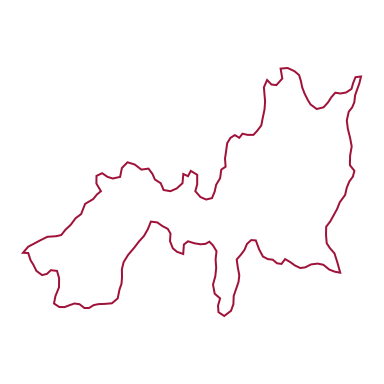 outline of São Sebastião do Rio Preto, Minas Gerais, Brazil
{"feature_id": "56859067B92993268682714", "entity_name": "São Sebastião do Rio Preto", "entity_type": "district", "adm_level": 2, "iso_a3": "BRA", "parent_name": "Brazil", "parent_adm1": "Minas Gerais", "projection": "equal_earth", "projection_center": [-43.224, -19.295], "detail": "fine", "context": "isolated", "style": "outline", "palette": "rose", "viewbox_px": 384, "rotation_deg": 0, "n_neighbors": 0, "source": "geoboundaries", "source_scale": "gbopen_adm2", "svg_char_len": 2514}
<svg xmlns="http://www.w3.org/2000/svg" viewBox="0 0 384 384"><path d="M263.9,87.3L265.1,101.7L264.5,109.6L262.7,118.1L261.3,125.4L257.2,130.8L253.4,134.9L247.7,134.9L242.5,133.7L239.3,137.8L234.8,135.1L230.4,137.9L227.2,143.2L226.0,151.9L225.0,158.6L225.6,166.7L221.3,169.6L220.1,178.2L216.1,184.9L214.7,191.5L212.0,198.1L206.1,199.5L200.5,197.1L195.3,191.2L197.2,184.3L197.2,174.8L190.8,170.9L188.0,176.2L183.3,174.0L182.5,183.2L176.8,188.4L170.5,191.2L163.6,190.0L160.7,183.2L154.9,179.5L152.5,174.0L148.5,168.6L141.4,169.6L134.7,164.5L127.5,162.3L121.9,168.0L120.1,176.9L112.8,178.5L107.6,176.9L102.1,173.2L96.5,175.9L96.4,183.5L100.9,191.2L97.0,194.4L93.2,199.1L85.1,203.9L81.1,214.1L75.6,218.2L70.7,224.8L65.3,229.9L61.3,235.0L56.3,236.2L47.3,236.8L40.3,240.3L34.7,243.3L28.2,246.7L23.0,252.8L28.2,253.0L30.6,260.3L33.4,264.8L36.4,270.9L42.1,275.1L46.9,273.9L50.9,270.2L57.0,270.9L59.1,278.2L59.0,287.3L55.4,296.2L54.0,303.5L59.3,307.0L64.6,307.1L69.8,305.1L74.5,303.5L79.5,304.2L84.4,308.0L89.0,308.0L93.7,305.1L98.6,304.1L104.7,303.9L111.9,303.3L117.7,298.4L119.5,289.5L121.5,283.8L122.0,277.5L121.9,269.2L123.6,262.2L128.1,254.9L134.0,248.0L138.8,241.7L144.0,235.9L147.8,229.3L150.9,221.6L157.2,222.4L162.8,226.3L167.8,228.9L170.5,233.6L170.0,241.1L172.8,248.3L177.0,251.8L183.2,254.0L183.9,244.5L188.0,241.3L194.1,243.2L200.5,244.3L205.4,243.9L209.4,241.7L213.0,245.4L216.5,251.2L215.6,259.4L216.2,267.8L215.3,276.3L213.0,284.6L214.7,293.7L220.1,298.4L218.0,305.7L218.5,312.2L224.2,316.0L231.0,310.8L233.4,304.2L233.7,296.0L236.2,288.7L238.5,282.0L239.3,275.3L237.8,267.4L236.7,259.5L240.9,254.7L244.4,250.0L247.0,243.9L251.2,240.1L255.8,240.4L259.1,249.3L262.9,256.5L267.8,259.1L272.8,259.7L277.0,263.3L281.5,263.9L285.1,259.1L290.1,262.0L295.0,265.5L300.2,268.0L305.1,267.4L311.1,264.4L317.7,263.6L323.4,264.8L329.3,269.6L334.8,271.7L340.2,272.7L337.5,262.9L334.5,253.4L329.8,248.0L326.7,243.2L326.0,234.7L326.2,226.7L330.3,221.3L333.8,215.0L337.1,209.0L339.8,202.2L345.1,195.0L346.8,187.6L349.4,181.3L352.9,176.6L354.4,170.8L349.9,165.2L350.1,155.7L351.7,146.4L350.1,137.9L347.8,128.6L346.8,120.5L348.7,111.8L352.2,107.3L354.3,102.3L355.1,95.3L357.0,89.9L359.4,83.2L361.0,76.5L355.5,77.2L353.2,82.9L351.5,88.9L346.1,92.5L340.4,93.5L335.3,92.7L331.2,97.4L328.1,102.3L323.6,107.3L316.7,109.0L310.6,104.5L307.8,100.0L304.5,93.4L302.2,87.3L300.9,81.0L299.1,75.1L294.5,71.2L287.7,68.0L280.6,68.6L282.3,78.5L276.4,85.1L271.4,84.5L267.1,80.0L263.9,87.3Z" fill="none" stroke="#9f1239" stroke-width="2"/></svg>